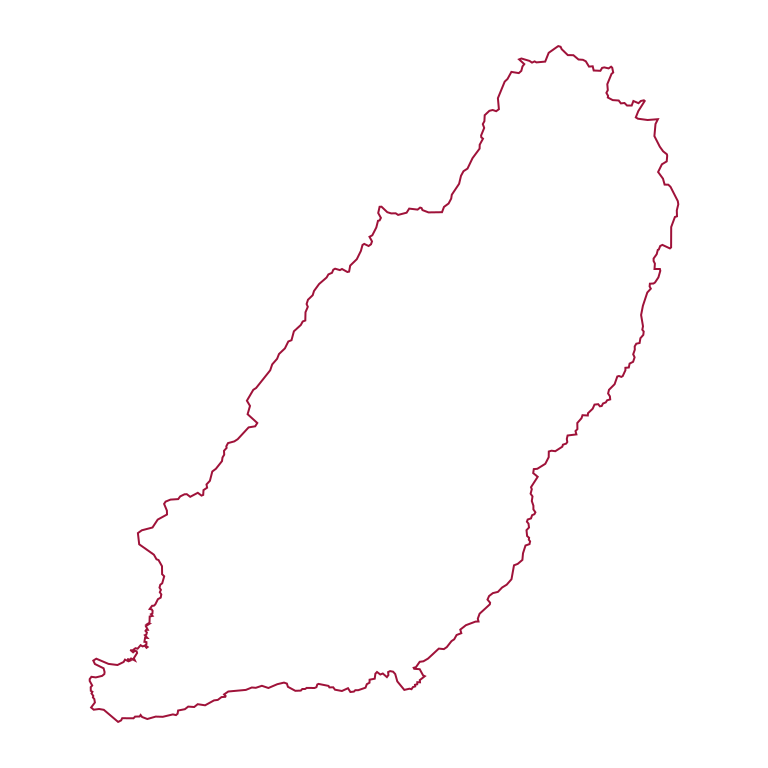 the district of Long, Phrae, Thailand
{"feature_id": "78962969B48493646022270", "entity_name": "Long", "entity_type": "district", "adm_level": 2, "iso_a3": "THA", "parent_name": "Thailand", "parent_adm1": "Phrae", "projection": "orthographic", "projection_center": [99.83, 18.152], "detail": "fine", "context": "isolated", "style": "outline", "palette": "rose", "viewbox_px": 768, "rotation_deg": 0, "n_neighbors": 0, "source": "geoboundaries", "source_scale": "gbopen_adm2", "svg_char_len": 6068}
<svg xmlns="http://www.w3.org/2000/svg" viewBox="0 0 768 768"><path d="M526.5,530.2L529.0,527.5L528.5,523.6L526.9,521.7L527.7,519.5L531.0,518.4L532.1,515.2L534.4,514.2L535.4,512.3L533.4,509.4L533.4,505.7L531.8,501.0L532.5,496.4L530.6,493.7L531.8,489.2L531.0,487.2L537.7,476.8L533.2,473.1L533.8,469.1L537.3,468.8L545.3,463.8L548.7,457.2L548.8,451.5L551.5,450.7L555.3,451.2L562.3,446.7L562.9,444.7L566.2,443.6L567.3,442.0L566.8,439.0L567.6,435.5L576.4,434.4L575.5,431.1L577.4,429.1L577.3,423.0L581.5,418.2L582.5,415.2L587.8,415.5L588.0,413.2L592.7,408.7L594.5,404.6L598.2,404.2L599.9,406.3L601.7,406.0L603.0,403.5L605.8,402.4L607.1,400.3L610.2,399.4L609.9,396.3L608.1,393.5L609.0,389.8L614.6,384.2L617.3,376.5L619.0,376.0L621.3,376.9L622.7,376.1L625.4,370.3L625.4,367.8L628.8,367.5L629.6,363.6L633.1,361.8L634.6,357.3L633.2,354.3L634.8,349.7L634.7,346.4L636.3,343.7L639.6,343.0L640.4,338.2L643.3,334.9L643.7,331.5L642.3,329.7L643.0,326.3L641.1,315.0L642.9,305.8L647.3,292.5L650.8,288.7L649.6,286.4L649.9,283.7L653.5,283.5L655.0,282.5L658.4,277.4L660.3,270.8L659.9,269.0L654.5,269.0L654.9,263.6L653.6,261.0L653.6,258.5L656.7,254.2L657.8,249.9L658.8,249.5L660.2,246.0L662.4,244.9L669.9,248.4L671.1,247.4L671.2,227.0L674.9,217.0L677.0,216.3L676.8,210.4L678.3,204.3L677.8,201.1L670.5,186.8L668.3,184.7L664.6,184.6L663.0,178.7L658.1,172.0L661.9,164.3L666.7,161.4L667.2,155.8L666.9,154.3L663.1,151.3L659.8,146.7L654.4,136.1L655.5,124.0L657.9,119.2L647.6,120.0L637.9,118.7L635.8,117.4L638.3,111.1L644.7,101.0L643.9,100.3L640.8,101.0L638.5,103.2L633.4,101.0L631.7,105.5L627.0,105.5L624.5,103.0L620.9,103.4L618.7,100.5L612.7,100.1L607.8,97.5L608.1,95.9L606.4,92.9L607.8,90.1L607.3,84.2L611.5,73.9L613.2,72.5L612.2,67.7L611.1,66.7L608.6,68.4L604.3,67.4L602.1,67.9L600.4,70.8L593.7,70.5L592.7,66.3L589.0,66.6L585.8,61.3L582.9,59.8L578.5,59.5L573.4,55.2L567.8,55.1L561.7,49.2L560.6,46.8L558.2,46.1L548.7,52.8L545.2,61.6L536.4,62.4L534.6,61.4L532.0,62.6L529.5,60.9L521.4,58.5L519.1,59.4L524.3,64.1L522.5,66.4L521.3,70.9L518.8,73.1L511.4,71.9L507.5,79.0L504.7,81.6L497.9,98.2L498.9,109.2L496.2,111.2L492.7,110.0L489.4,110.8L484.7,115.2L484.4,121.2L482.8,124.1L484.2,127.9L481.1,135.5L481.3,137.3L483.0,138.7L479.7,144.7L479.6,148.6L472.5,158.2L467.5,168.6L463.5,171.2L461.0,175.8L459.1,183.8L451.8,194.7L451.2,198.6L448.6,203.5L444.0,206.9L442.0,212.2L428.5,212.4L422.5,210.1L421.5,208.0L420.1,207.6L417.6,209.6L409.2,208.6L406.6,212.7L398.1,214.9L395.7,213.3L391.2,213.4L387.3,212.2L381.5,206.7L379.6,206.8L378.2,213.0L380.9,217.9L379.6,220.4L378.0,220.8L376.3,227.5L372.3,235.3L369.5,236.8L372.0,241.4L371.0,244.3L368.6,246.0L364.2,243.9L362.5,245.0L360.9,250.9L356.8,259.2L350.2,265.6L349.1,271.6L347.4,272.0L342.0,269.0L339.9,270.1L335.1,268.7L333.3,269.7L332.0,272.8L328.4,274.4L326.6,277.5L319.1,284.0L314.0,291.0L312.7,295.2L308.0,299.7L306.6,304.0L307.8,306.8L305.5,312.2L305.3,320.5L302.7,321.5L300.8,325.0L293.9,331.3L291.5,340.2L288.3,341.5L284.9,348.4L279.0,354.0L277.1,358.8L272.2,364.4L270.2,370.3L256.1,388.0L253.3,389.8L246.9,400.7L250.0,405.9L247.6,414.2L257.3,423.0L255.2,426.3L248.6,427.4L237.7,439.2L234.3,441.4L228.0,443.1L226.3,446.3L226.6,447.9L224.0,450.8L224.2,454.7L222.5,457.5L222.0,461.1L215.9,468.8L212.3,471.5L209.9,480.8L206.5,484.4L207.1,487.7L203.5,490.1L203.2,494.9L201.5,495.6L197.8,492.8L190.2,496.8L186.8,494.2L184.5,494.3L180.2,496.4L178.2,499.1L170.5,499.6L165.6,501.6L164.1,503.9L166.9,510.6L167.0,514.5L157.7,519.6L152.5,527.5L141.8,530.3L137.9,533.1L139.2,544.3L153.9,554.7L156.5,559.3L158.5,560.0L162.0,566.2L162.1,574.2L164.2,576.3L162.2,583.3L160.3,584.7L159.5,587.6L160.9,589.9L159.8,592.2L161.3,594.4L160.7,597.6L157.9,599.2L155.3,604.4L153.9,605.7L152.1,605.8L149.7,609.0L151.7,609.4L152.6,610.8L152.4,613.5L151.0,614.2L152.5,615.9L149.7,616.5L149.5,622.7L147.6,623.9L149.1,624.0L145.8,626.1L147.8,629.8L146.3,629.8L145.5,630.9L146.9,632.5L146.3,634.6L144.9,635.2L147.3,637.9L145.1,637.7L144.4,641.8L146.4,642.1L146.5,644.0L145.3,645.2L147.6,647.0L146.5,647.8L144.8,645.7L142.6,646.4L140.6,645.2L137.6,648.7L135.5,648.2L132.2,650.6L130.3,649.9L133.1,652.3L134.9,650.8L136.6,651.3L137.1,653.0L133.8,658.2L134.9,660.5L131.1,658.5L130.2,659.7L128.1,659.2L127.9,660.1L129.9,660.7L128.5,661.3L125.0,659.6L123.6,662.0L117.5,665.0L108.5,663.9L96.3,658.7L93.3,660.6L94.9,664.0L103.6,668.3L104.6,672.1L104.3,674.1L102.1,675.9L95.8,677.4L91.4,676.8L89.7,679.1L89.7,681.0L92.2,685.5L90.7,687.2L90.8,690.8L92.4,691.8L91.5,693.4L93.3,695.9L92.9,697.4L94.3,699.0L94.9,702.5L91.1,707.5L93.7,709.7L99.1,709.0L103.8,709.8L118.1,721.9L121.1,720.4L122.2,718.2L133.5,718.3L135.1,716.6L139.6,716.5L140.6,715.0L142.1,717.0L147.3,719.0L155.7,716.6L162.8,716.8L172.9,714.4L176.0,715.1L177.6,713.7L178.1,710.5L184.9,709.2L188.2,706.6L194.2,707.0L197.7,704.2L205.1,705.3L214.0,700.4L217.8,699.9L221.5,697.1L225.3,696.8L225.6,696.0L224.1,694.4L228.3,691.5L245.9,689.9L251.8,687.5L255.8,687.8L261.9,685.8L268.4,688.0L277.3,684.2L284.0,682.6L286.9,683.6L287.9,686.8L295.3,690.8L300.8,690.6L302.3,689.0L305.1,689.0L306.7,687.9L314.5,688.0L316.4,687.2L317.3,684.5L318.5,683.9L328.5,685.9L329.4,687.4L333.2,687.3L335.0,689.7L341.9,691.0L348.0,688.2L350.4,692.0L353.9,691.6L355.3,690.2L358.2,690.2L365.5,687.7L366.8,684.2L369.5,682.7L369.6,679.7L374.7,678.7L375.4,673.7L377.0,672.0L380.3,674.5L382.8,673.5L386.9,677.1L388.4,675.1L388.1,672.1L390.1,671.1L393.1,671.7L395.2,674.0L397.3,681.4L404.3,689.9L409.5,688.7L411.5,689.2L412.9,687.1L415.2,686.4L415.0,684.8L417.2,684.3L417.3,682.2L420.0,682.3L419.8,680.1L424.8,676.2L423.1,675.4L419.7,669.2L414.2,668.8L413.7,667.8L416.0,667.1L419.7,661.8L423.4,661.3L428.0,658.6L438.8,648.6L443.9,649.1L446.8,647.1L451.5,641.1L454.2,639.3L456.6,635.0L461.3,633.2L460.3,629.6L465.9,625.2L475.5,621.6L478.5,621.5L477.8,618.7L479.6,613.7L489.8,604.4L490.1,602.7L487.5,599.6L489.1,596.0L492.9,593.1L497.9,591.9L502.1,587.5L506.7,584.7L511.5,579.2L514.0,565.3L517.7,563.9L522.4,559.9L523.0,553.3L525.5,545.5L529.5,544.1L530.1,541.4L528.8,539.7L529.1,537.8L527.1,536.0L526.5,530.2Z" fill="none" stroke="#9f1239" stroke-width="2"/></svg>